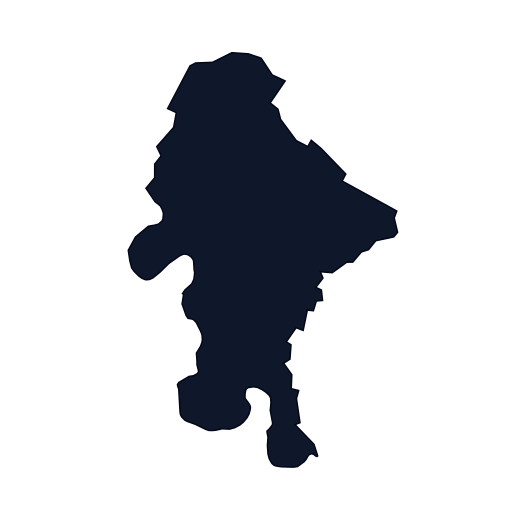 Lauderdale, Tennessee, United States of America, rotated 297°
{"feature_id": "52423323B2530674009374", "entity_name": "Lauderdale", "entity_type": "district", "adm_level": 2, "iso_a3": "USA", "parent_name": "United States of America", "parent_adm1": "Tennessee", "projection": "orthographic", "projection_center": [-89.758, 35.743], "detail": "fine", "context": "isolated", "style": "filled", "palette": "ink", "viewbox_px": 512, "rotation_deg": 297, "n_neighbors": 0, "source": "geoboundaries", "source_scale": "gbopen_adm2", "svg_char_len": 2326}
<svg xmlns="http://www.w3.org/2000/svg" viewBox="0 0 512 512"><g transform="rotate(297 256 256)"><path d="M432.7,157.5L426.2,142.2L408.8,129.3L400.6,114.6L395.5,110.9L347.2,110.3L347.6,119.9L333.2,124.2L308.4,117.9L302.2,126.0L291.9,124.0L279.7,130.2L266.4,127.2L258.6,141.3L257.2,148.0L255.2,150.9L252.5,153.7L251.2,154.5L246.6,156.3L244.4,156.3L240.1,154.6L237.3,151.5L233.7,146.6L218.2,140.0L203.1,139.6L194.4,145.8L189.0,150.6L187.2,153.9L185.5,158.9L184.8,161.3L184.4,164.6L184.6,167.6L185.1,169.3L186.8,171.8L189.7,174.1L198.3,177.9L209.8,181.7L221.5,187.9L224.3,190.1L225.2,191.3L226.0,193.5L226.2,195.5L225.8,198.3L224.6,201.1L223.3,202.6L215.4,207.3L213.3,208.9L207.2,211.2L202.0,211.4L193.5,208.1L189.1,207.6L189.1,208.8L179.7,211.9L171.3,220.7L169.6,223.7L170.9,227.9L170.8,229.7L169.6,233.0L163.8,240.9L161.7,243.2L160.8,244.0L156.9,246.3L154.8,247.0L150.2,247.6L142.4,247.0L135.8,251.0L132.3,252.8L127.1,257.3L124.6,257.2L120.9,254.6L118.3,251.0L108.2,244.6L105.7,244.4L103.9,245.9L102.5,247.5L82.4,259.2L80.3,260.8L78.9,262.8L77.5,266.9L77.4,269.6L78.5,278.3L78.7,289.8L79.2,293.2L80.6,296.2L82.4,299.1L86.7,304.3L89.7,311.0L93.4,315.0L98.2,318.4L102.4,320.2L107.8,321.4L112.0,321.5L116.8,320.5L118.9,319.6L120.0,318.6L121.2,316.9L123.8,311.7L124.5,310.7L127.5,309.1L131.7,307.7L133.7,307.9L135.1,308.7L138.2,312.9L139.6,316.9L139.7,322.1L139.2,326.3L138.0,330.6L136.4,333.3L132.2,335.9L124.9,338.8L114.6,346.7L113.0,347.2L111.4,347.0L107.8,346.3L105.1,345.3L104.3,345.6L99.9,349.0L92.5,352.1L85.0,356.6L81.7,359.5L80.0,361.8L78.4,364.4L77.8,366.7L77.8,368.0L78.5,370.9L79.9,374.7L84.1,383.6L85.3,385.9L87.3,388.6L94.4,392.2L97.3,392.9L101.1,393.1L103.0,393.5L105.0,395.1L105.5,397.5L104.9,399.6L105.0,401.3L105.9,401.7L114.5,393.2L123.5,367.3L127.4,370.9L147.3,356.8L155.5,355.1L153.8,347.6L166.5,341.8L173.0,329.3L179.5,333.1L192.8,327.5L193.3,322.0L210.3,324.3L211.1,331.8L231.1,326.3L233.3,332.0L243.3,330.2L246.6,335.5L255.4,329.7L255.2,323.6L266.7,325.7L271.2,320.5L275.7,331.5L291.7,339.7L294.5,345.0L307.5,348.1L312.7,353.4L324.0,355.8L335.6,370.1L341.4,371.4L352.6,361.9L360.0,361.0L361.9,298.7L369.8,298.8L381.4,265.1L384.2,252.7L377.0,252.5L377.1,239.5L388.9,215.9L396.8,208.9L398.8,199.1L425.2,202.5L424.7,188.2L434.6,170.8L432.7,157.5Z" fill="#0f172a" stroke="#020617" stroke-width="1.5"/></g></svg>